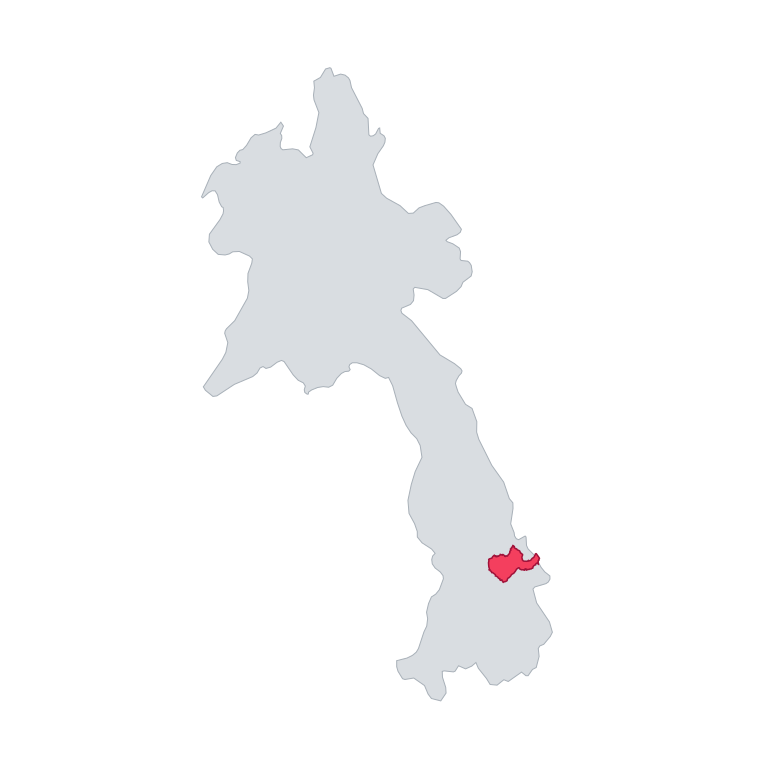 Ta Oi, Saravan, Laos (highlighted), rotated 13°
{"feature_id": "54806243B63439547813391", "entity_name": "Ta Oi", "entity_type": "district", "adm_level": 2, "iso_a3": "LAO", "parent_name": "Laos", "parent_adm1": "Saravan", "projection": "natural_earth1", "projection_center": [106.796, 16.077], "detail": "fine", "context": "in_parent", "style": "filled", "palette": "rose", "viewbox_px": 768, "rotation_deg": 13, "n_neighbors": 0, "source": "geoboundaries", "source_scale": "gbopen_adm2", "svg_char_len": 8694}
<svg xmlns="http://www.w3.org/2000/svg" viewBox="0 0 768 768"><g transform="rotate(13 384 384)"><path d="M282.6,96.0L285.7,102.6L300.7,120.3L303.2,125.1L308.7,128.8L313.2,144.6L315.2,145.6L317.7,144.5L319.6,142.3L321.2,136.2L322.2,135.5L323.9,140.6L328.1,142.1L330.0,144.3L330.5,148.1L329.8,152.0L326.2,161.0L324.0,173.0L338.6,198.9L344.8,202.4L359.5,206.6L369.4,212.3L374.1,210.9L378.5,204.5L383.9,200.9L393.8,195.4L396.7,195.1L402.1,197.3L411.1,203.7L424.6,215.8L424.2,219.0L421.7,222.1L414.4,226.9L412.0,230.0L413.5,231.1L419.5,231.9L426.7,234.6L428.8,237.8L430.0,245.0L431.3,246.3L437.9,245.5L440.0,246.5L442.3,248.8L444.7,254.8L444.6,259.2L438.0,267.1L437.2,271.8L433.8,277.4L424.7,286.8L422.2,287.4L405.5,282.2L392.2,282.9L391.1,284.9L393.3,290.6L394.0,296.2L391.9,300.5L384.2,306.1L383.9,308.5L385.5,311.0L396.6,316.1L432.0,343.1L448.1,348.3L455.3,351.8L457.1,353.7L457.0,356.0L455.2,359.1L453.6,364.4L453.5,367.5L455.2,370.6L458.0,375.2L468.0,385.5L475.3,388.0L482.9,399.8L485.1,410.1L488.9,416.7L507.3,439.0L522.7,452.7L531.9,467.5L536.3,470.8L537.7,476.2L538.9,491.8L544.2,499.5L545.4,502.7L547.7,505.0L550.2,505.4L555.7,500.4L556.8,501.1L559.2,509.3L561.5,512.3L569.6,517.4L578.3,527.3L582.9,530.9L588.8,533.7L589.6,536.8L588.6,540.0L586.7,542.1L576.6,547.8L575.3,550.3L582.0,563.0L598.7,578.6L603.9,588.0L602.8,592.6L598.2,601.7L594.7,604.2L593.8,607.0L596.4,614.5L596.1,626.0L592.9,628.7L590.0,635.8L587.9,636.3L582.8,633.8L572.0,645.9L567.3,645.2L561.9,652.0L555.0,652.9L550.1,647.9L539.9,639.8L536.2,634.7L533.0,639.1L527.6,643.2L520.0,641.8L517.9,647.8L516.4,648.9L507.2,650.0L505.4,650.9L506.9,656.5L512.4,665.8L514.0,671.2L510.6,680.0L501.0,679.8L496.7,676.2L491.3,668.7L479.1,663.8L470.9,667.2L468.4,667.0L462.3,660.8L460.0,656.7L458.6,650.7L468.0,645.9L472.7,642.1L475.8,638.0L477.1,633.9L478.7,616.5L480.1,610.3L479.3,602.8L476.8,596.8L476.8,587.9L478.1,580.8L481.7,577.1L484.2,572.0L485.7,560.4L484.6,557.4L481.1,554.5L475.2,551.8L471.5,548.4L470.0,544.3L470.1,540.7L471.9,537.5L467.5,534.1L456.8,530.2L450.9,525.6L449.6,520.2L445.2,513.2L437.5,504.5L433.5,492.0L433.2,475.6L434.1,462.3L437.5,446.9L433.1,435.8L428.2,429.9L421.4,425.6L414.9,419.4L408.7,411.3L401.4,399.4L392.8,383.7L387.0,376.6L384.0,378.2L377.8,376.8L368.3,372.2L360.0,369.8L353.0,369.4L348.4,370.4L346.2,372.8L346.0,375.2L347.8,377.6L346.8,379.4L343.1,380.7L340.1,383.3L336.7,389.1L334.3,396.7L330.8,399.6L325.4,400.2L320.0,402.4L314.8,406.1L312.3,408.9L312.5,410.8L311.4,411.2L308.8,410.1L307.6,407.6L307.8,403.7L305.1,401.0L299.6,399.7L293.4,395.5L281.6,384.6L278.8,384.1L274.9,386.9L269.8,393.0L265.5,395.4L262.2,394.2L259.6,396.3L257.8,401.9L254.4,406.3L238.3,418.0L223.8,433.2L220.1,434.6L211.4,430.3L208.6,427.4L220.9,396.3L222.8,388.8L222.5,378.8L217.4,370.5L217.3,368.1L218.1,365.6L224.3,355.9L231.6,331.1L231.3,323.4L228.2,315.0L226.6,306.9L228.0,296.0L227.6,291.7L224.2,289.6L213.3,287.4L206.9,289.2L203.9,292.1L200.2,294.0L193.3,295.0L186.8,291.3L181.4,285.0L180.2,277.3L187.2,260.7L188.9,254.4L188.7,251.3L187.6,248.2L186.0,247.8L182.5,243.8L179.2,237.0L176.0,233.8L173.0,234.4L170.1,237.0L165.5,243.5L164.1,242.7L168.3,219.8L172.2,210.0L176.8,205.5L181.5,203.6L186.5,204.3L190.7,203.5L194.1,201.1L193.8,199.7L189.8,199.4L188.3,196.8L189.1,191.9L191.0,188.7L193.7,187.3L196.4,182.4L199.1,174.0L202.2,169.8L205.9,169.6L212.2,166.0L221.2,159.0L224.6,152.1L228.0,155.3L226.6,163.2L228.4,164.9L229.2,167.7L228.7,172.1L229.4,175.9L230.7,177.7L232.7,178.6L242.1,175.4L247.9,175.2L257.3,181.0L262.9,176.7L263.0,175.1L258.4,169.6L260.0,149.5L259.5,134.2L251.9,122.9L250.3,118.4L249.6,111.0L247.5,104.7L253.1,99.6L256.2,90.2L260.1,88.0L261.3,88.3L266.0,95.4L272.0,91.8L276.6,91.8L280.5,93.7L282.6,96.0Z" fill="#d9dde1" stroke="#a8b0b8" stroke-width="1"/><path d="M574.8,524.8L574.8,524.5L574.7,524.4L574.8,524.4L574.7,524.2L574.6,523.9L574.4,523.8L574.3,523.6L574.3,523.3L574.3,523.1L574.3,522.8L574.2,522.7L574.2,522.1L574.0,521.7L574.1,521.4L574.4,521.0L574.6,520.7L574.3,520.4L574.3,520.2L574.5,520.0L574.5,519.9L574.6,519.5L574.5,519.3L574.7,519.0L574.7,518.9L574.4,518.6L574.1,518.2L570.9,515.4L570.7,515.2L570.3,515.1L570.2,515.2L570.1,515.3L569.9,515.4L569.8,515.5L569.7,515.7L569.7,516.2L569.7,516.5L569.2,518.3L569.0,519.1L568.9,519.3L568.7,519.6L568.4,519.7L568.2,520.0L567.8,520.4L567.6,520.6L567.3,521.2L566.9,522.2L566.8,522.4L566.6,522.8L566.4,522.9L565.5,523.5L565.4,523.6L564.6,524.0L564.5,523.9L564.5,524.0L564.2,524.1L563.9,524.1L563.8,524.3L563.6,524.4L563.4,524.3L563.2,524.4L563.1,524.5L562.8,524.7L561.3,524.9L560.9,525.0L560.6,525.1L559.6,525.1L559.4,525.0L559.0,524.6L558.9,524.5L558.4,524.3L558.3,524.2L558.2,523.6L558.1,523.4L558.0,523.2L557.8,523.0L557.7,522.8L557.5,522.4L557.4,521.8L557.3,520.8L557.5,520.1L557.5,519.4L557.4,519.0L557.3,518.8L557.0,518.7L556.5,518.5L556.2,518.4L555.9,518.1L555.7,518.0L555.2,518.0L555.0,517.9L554.7,517.5L554.0,516.4L553.6,516.1L553.4,516.0L552.9,515.9L551.9,515.7L551.3,515.6L551.0,515.5L550.7,515.1L550.4,514.9L549.6,514.8L549.4,514.8L549.4,514.7L549.1,514.7L548.9,514.7L548.4,514.5L548.2,514.2L547.8,514.1L547.6,514.0L547.5,513.9L547.6,513.0L547.5,512.9L547.2,512.9L547.0,513.0L546.9,512.9L546.5,512.7L546.3,512.4L546.2,512.4L545.9,512.4L545.9,512.5L545.8,512.9L545.7,513.7L545.4,514.2L545.4,514.4L545.2,514.5L545.3,514.7L545.3,514.8L545.2,514.8L544.9,515.3L544.9,515.9L544.7,516.0L544.4,516.2L544.3,516.4L544.5,516.7L544.9,517.3L545.0,517.4L544.9,517.6L544.8,517.8L544.6,518.2L544.4,518.3L544.3,519.3L544.4,519.6L544.4,519.8L544.5,519.9L544.6,520.1L544.5,520.3L544.3,520.7L544.2,521.0L544.0,521.7L543.5,522.4L543.3,522.8L543.2,523.5L543.0,523.8L542.8,524.0L542.3,524.0L542.1,523.9L541.5,524.0L541.4,524.1L541.4,524.3L541.4,524.5L541.2,524.6L541.0,524.4L540.9,524.5L540.8,524.8L540.7,524.8L540.3,524.7L539.8,524.0L539.3,523.8L539.0,523.7L538.9,523.7L538.6,523.5L538.5,523.4L538.1,523.4L538.0,523.5L537.8,523.6L537.8,524.0L537.7,524.2L537.4,524.1L537.2,524.1L536.0,523.8L535.6,523.9L535.6,524.1L535.6,524.6L535.4,524.8L535.1,525.1L534.9,525.3L534.7,525.4L534.7,525.5L534.4,526.0L534.2,526.1L533.9,526.2L533.8,526.3L533.6,526.1L533.4,526.3L533.2,526.2L533.0,526.4L532.8,526.4L532.8,526.6L532.6,526.6L532.3,526.8L532.2,526.9L532.2,527.0L531.9,527.0L531.7,527.0L531.6,526.8L531.6,526.6L531.6,526.3L531.4,526.3L531.2,526.3L531.0,526.6L530.9,526.7L530.7,526.7L530.5,526.3L530.4,526.3L530.0,526.0L529.9,526.1L529.8,526.4L529.6,526.5L529.5,526.8L529.3,526.9L529.2,527.0L529.1,527.3L528.8,527.7L528.5,528.4L528.4,528.9L528.3,529.4L527.8,529.6L527.4,529.9L526.6,530.3L525.8,530.9L525.5,531.4L525.8,532.1L526.0,533.1L526.0,534.1L526.0,534.5L526.1,535.0L526.3,535.5L526.6,536.6L526.7,536.9L527.0,537.8L527.4,538.9L527.6,539.2L528.0,539.7L528.2,540.3L528.2,540.7L528.1,541.2L528.1,541.4L528.3,541.4L529.0,541.2L529.1,541.3L529.0,541.7L529.5,542.1L530.1,542.3L530.6,542.5L530.8,542.5L531.2,543.4L531.3,543.5L531.5,543.6L531.9,543.5L532.3,543.3L532.6,543.4L533.1,543.7L534.7,544.4L534.9,544.5L535.4,544.7L535.6,545.1L535.6,545.6L535.7,546.0L536.0,546.0L536.8,546.0L537.6,546.3L538.2,546.5L538.5,546.7L538.6,547.0L539.1,547.4L539.6,547.6L540.1,547.7L540.6,547.6L540.9,548.6L541.3,548.9L541.6,549.1L542.1,548.9L542.4,548.5L543.1,548.5L543.2,548.9L543.5,549.3L544.1,549.6L544.3,550.1L544.8,550.4L545.2,549.9L545.6,549.7L546.0,549.6L546.4,549.3L546.8,549.2L547.2,548.8L547.3,548.7L547.9,548.3L548.0,548.1L548.1,547.9L548.2,547.7L548.1,547.2L548.2,546.8L548.1,546.5L548.2,546.3L548.3,546.0L548.3,545.8L548.3,545.7L548.8,544.9L549.2,544.8L549.5,544.5L549.7,544.0L550.1,543.5L550.3,543.3L550.4,543.0L550.8,542.2L551.0,541.2L551.4,540.7L551.5,540.6L552.5,539.7L552.7,539.4L553.1,539.0L553.3,538.8L553.4,538.3L553.5,538.2L553.8,537.6L553.8,537.3L554.1,537.0L554.3,536.3L554.5,535.8L554.5,535.4L554.6,535.2L554.8,534.9L554.8,534.5L555.1,534.3L556.0,533.2L556.3,532.8L556.7,532.7L557.1,532.7L557.3,532.9L557.6,533.6L557.8,533.7L558.5,533.8L558.8,534.0L559.2,533.9L559.7,534.1L560.1,534.1L560.8,533.8L561.0,533.7L561.4,533.7L561.6,533.7L561.9,533.6L562.0,533.8L562.4,533.9L562.8,533.8L562.9,533.5L562.8,533.2L562.8,532.9L563.2,532.4L563.3,532.3L563.5,532.3L563.8,532.8L564.0,533.0L564.3,532.8L564.5,532.9L564.6,533.0L564.7,532.8L564.8,533.0L565.0,533.1L565.2,532.9L565.5,532.7L565.8,532.5L566.0,532.3L566.2,532.2L566.8,532.2L567.1,532.1L567.5,531.6L568.7,531.2L569.0,531.1L569.5,530.4L570.0,530.2L570.4,529.9L570.4,529.6L570.3,529.0L570.3,528.8L570.4,528.7L570.5,528.3L570.5,528.0L570.7,527.6L571.2,527.0L571.7,526.5L572.3,526.2L572.5,526.0L572.4,525.7L572.4,525.2L572.5,525.0L572.8,524.5L573.3,524.2L573.5,524.0L573.6,523.9L573.9,524.1L574.1,524.3L574.3,524.4L574.4,524.6L574.6,524.7L574.8,524.8Z" fill="#f43f5e" stroke="#9f1239" stroke-width="1.5"/></g></svg>